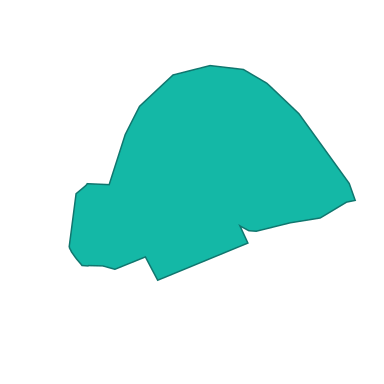 the district of Gokwe South Urban, Midlands, Zimbabwe, rotated 143°
{"feature_id": "62879985B9450607738823", "entity_name": "Gokwe South Urban", "entity_type": "district", "adm_level": 2, "iso_a3": "ZWE", "parent_name": "Zimbabwe", "parent_adm1": "Midlands", "projection": "equal_earth", "projection_center": [28.956, -18.22], "detail": "fine", "context": "isolated", "style": "filled", "palette": "teal", "viewbox_px": 384, "rotation_deg": 143, "n_neighbors": 0, "source": "geoboundaries", "source_scale": "gbopen_adm2", "svg_char_len": 820}
<svg xmlns="http://www.w3.org/2000/svg" viewBox="0 0 384 384"><g transform="rotate(143 192 192)"><path d="M61.3,104.2L59.5,190.2L65.4,225.9L66.8,233.8L77.2,258.9L101.5,282.1L136.7,296.9L158.4,294.6L182.3,292.0L199.1,283.8L210.7,278.1L253.2,248.1L253.7,247.7L270.7,261.7L271.6,261.3L272.1,261.2L273.6,261.0L285.6,260.4L322.9,222.3L322.9,221.9L323.2,221.5L323.5,221.2L323.5,220.4L323.8,219.7L323.8,218.6L324.0,218.2L324.0,217.5L324.3,217.1L324.3,216.7L324.5,210.5L324.5,210.1L324.5,209.0L324.5,207.6L324.1,201.3L324.1,201.0L324.1,199.9L324.1,199.5L319.5,195.5L318.9,195.5L308.0,186.9L307.7,186.6L300.1,176.7L268.3,168.2L272.5,142.2L253.0,137.1L178.1,117.6L174.1,136.1L173.7,135.1L169.9,126.9L164.3,122.0L132.1,108.3L105.2,94.1L74.7,90.9L66.7,87.1L61.3,104.2Z" fill="#14b8a6" stroke="#0f766e" stroke-width="1.5"/></g></svg>